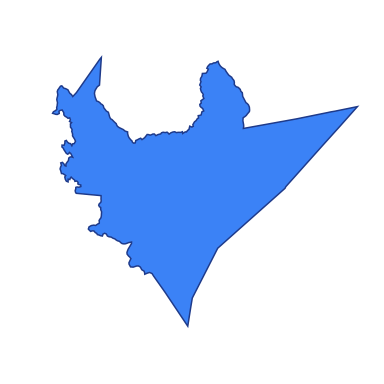 the district of Fortaleza dos Nogueiras, Maranhão, Brazil, rotated 279°
{"feature_id": "56859067B30918863230331", "entity_name": "Fortaleza dos Nogueiras", "entity_type": "district", "adm_level": 2, "iso_a3": "BRA", "parent_name": "Brazil", "parent_adm1": "Maranhão", "projection": "albers", "projection_center": [-46.038, -6.962], "detail": "fine", "context": "isolated", "style": "filled", "palette": "blue", "viewbox_px": 384, "rotation_deg": 279, "n_neighbors": 0, "source": "geoboundaries", "source_scale": "gbopen_adm2", "svg_char_len": 4552}
<svg xmlns="http://www.w3.org/2000/svg" viewBox="0 0 384 384"><g transform="rotate(279 192 192)"><path d="M302.2,342.0L294.2,320.6L292.9,316.7L291.7,313.6L280.5,283.6L262.8,232.8L265.0,232.8L266.4,232.5L270.4,231.1L273.3,230.9L275.0,232.7L276.2,233.7L277.6,234.4L280.4,236.1L281.9,236.1L284.8,235.4L286.9,234.1L288.0,232.7L288.7,231.3L291.7,229.1L294.4,227.1L296.7,226.5L298.0,226.1L299.1,224.5L300.9,223.6L301.9,222.3L302.7,220.9L302.8,219.3L303.7,218.0L304.9,216.9L306.9,216.7L308.7,216.0L310.4,214.1L311.5,213.3L313.2,210.0L315.5,207.7L316.7,206.6L318.3,205.4L319.4,202.5L320.6,200.6L321.9,199.3L323.2,198.3L325.2,197.3L324.4,196.1L323.4,195.3L322.8,193.0L321.7,191.7L321.3,189.8L319.8,188.7L318.3,187.8L316.5,187.3L315.9,188.9L314.4,188.5L312.8,188.0L311.5,187.2L310.7,183.7L308.7,183.7L307.4,183.5L305.6,182.7L303.6,182.8L302.5,183.6L300.7,183.3L298.9,182.9L297.2,184.6L295.7,184.1L293.9,184.8L292.3,185.7L291.4,186.8L289.8,188.0L288.6,187.6L286.2,189.1L283.5,186.5L281.3,187.2L279.8,186.0L278.1,186.5L277.2,187.5L276.1,189.5L273.9,190.9L272.7,189.2L269.6,189.0L268.8,187.5L268.4,186.2L266.1,186.9L265.3,185.8L263.2,184.9L261.7,183.5L260.2,182.9L258.6,182.3L257.1,183.0L256.1,181.7L256.7,179.5L253.4,179.2L252.1,178.0L250.5,177.2L250.3,175.9L248.3,173.6L250.0,173.1L249.1,171.5L248.8,169.1L248.2,167.2L248.8,165.6L248.3,163.8L247.2,161.9L245.6,160.3L246.5,159.2L247.2,158.0L246.5,156.3L246.5,154.1L245.7,152.6L244.5,152.0L243.4,149.4L242.0,147.5L243.4,145.8L243.2,144.4L242.2,142.9L241.6,141.7L241.9,140.3L241.8,138.7L240.5,138.0L238.2,136.7L237.0,135.5L235.9,134.4L237.1,132.9L236.2,131.4L235.1,130.0L234.1,128.4L231.7,128.3L231.1,126.8L231.7,125.5L233.2,124.6L233.9,123.4L235.9,121.2L237.3,120.3L239.6,119.3L241.3,119.0L241.7,116.4L242.9,114.4L243.6,112.1L244.3,109.8L245.2,108.1L246.4,107.1L247.6,106.5L249.2,104.1L251.0,101.7L251.6,100.1L253.1,99.0L257.7,96.9L258.5,94.8L261.4,91.7L263.3,90.9L264.3,89.6L264.8,88.2L265.8,87.1L266.6,85.5L267.0,83.5L271.0,81.3L272.4,80.8L274.2,80.2L276.9,80.3L279.0,81.1L281.1,82.0L283.1,83.9L310.8,81.4L308.8,80.2L293.2,72.6L272.1,62.3L267.6,59.3L269.4,57.7L270.3,56.0L271.6,54.9L273.5,53.5L274.3,51.1L274.6,48.9L275.6,47.9L276.5,46.8L276.0,45.6L274.5,44.8L273.1,44.2L271.9,43.5L270.1,43.2L268.7,43.7L267.2,44.2L265.5,44.2L263.8,44.0L262.1,44.0L260.6,44.6L259.1,45.2L257.4,45.2L256.0,45.3L254.2,45.1L252.5,45.6L251.0,44.4L249.6,42.6L247.9,42.0L247.7,43.7L247.4,45.2L247.5,46.8L248.8,48.6L250.9,48.0L251.9,48.9L252.7,50.9L251.3,52.1L250.3,52.9L248.1,53.4L246.9,54.8L246.3,56.5L245.4,58.0L246.1,59.6L244.3,60.6L242.5,60.0L241.7,62.2L240.2,61.2L238.6,61.6L237.1,61.8L235.8,63.1L234.6,63.9L233.2,63.7L230.6,65.0L228.8,65.2L227.6,66.2L225.9,67.7L223.9,69.0L221.4,68.1L220.9,66.6L218.9,66.1L220.8,64.5L220.9,62.7L221.9,61.1L223.3,59.8L222.5,58.5L220.4,58.8L218.1,58.3L218.0,56.3L216.1,56.5L215.2,57.9L213.6,59.0L212.2,60.3L210.6,61.7L209.9,63.2L210.6,64.3L211.9,64.7L211.1,66.2L209.2,67.6L207.7,68.7L207.9,67.3L207.4,66.0L206.3,65.0L203.7,65.0L201.9,64.0L199.9,63.1L197.9,63.4L198.2,62.1L199.7,61.1L201.0,59.4L200.2,57.8L197.9,58.8L196.1,58.3L194.1,58.1L192.3,59.1L189.8,60.2L189.9,61.8L188.5,64.7L186.9,64.0L184.7,64.9L183.0,66.2L182.6,68.0L185.3,67.7L185.2,69.4L186.6,69.6L187.8,70.3L186.9,71.5L186.2,72.7L185.4,74.2L184.2,74.7L184.8,76.5L183.7,78.0L182.1,78.0L181.6,79.3L181.6,81.0L180.0,81.4L179.0,79.5L179.0,77.7L178.4,76.5L176.8,76.7L175.3,76.4L173.8,76.8L172.6,77.8L173.6,93.6L173.7,94.9L174.2,102.7L172.7,103.0L170.9,103.2L169.0,103.7L167.4,103.5L166.0,102.3L164.4,101.9L162.9,102.9L162.5,104.2L160.3,104.6L158.3,105.8L156.1,106.0L154.1,106.2L152.3,106.1L151.0,105.4L149.4,104.7L148.1,105.1L146.6,105.3L145.8,104.1L144.9,103.1L143.9,102.1L143.9,100.1L143.1,97.8L141.5,95.8L139.2,95.4L138.2,96.6L137.2,98.1L138.0,99.4L138.2,101.2L136.8,102.8L136.2,104.4L135.1,105.2L135.0,106.6L134.5,108.6L134.5,110.4L136.5,110.7L137.6,112.2L137.1,114.0L135.3,115.3L134.8,117.0L134.8,119.3L133.9,121.4L133.7,123.0L133.0,124.1L132.2,125.9L131.9,128.1L130.8,129.6L130.1,131.1L130.1,132.9L130.5,134.5L131.3,136.0L132.1,137.3L132.6,138.7L133.1,140.1L131.6,140.3L125.6,137.9L123.8,137.5L122.2,137.2L120.5,137.6L118.8,139.4L118.1,140.6L116.6,142.1L114.4,141.4L112.3,140.8L110.9,141.1L108.4,143.0L108.6,145.7L110.2,148.8L110.6,150.7L109.8,152.7L107.4,154.5L106.3,157.1L104.9,157.8L103.4,158.2L104.9,160.6L105.9,162.7L105.2,165.3L103.0,167.2L88.1,181.7L85.8,183.8L58.8,208.8L79.3,208.8L87.4,208.9L140.5,226.2L210.2,283.3L211.9,283.8L258.2,313.6L281.1,328.5L302.2,342.0Z" fill="#3b82f6" stroke="#1e3a8a" stroke-width="1.5"/></g></svg>